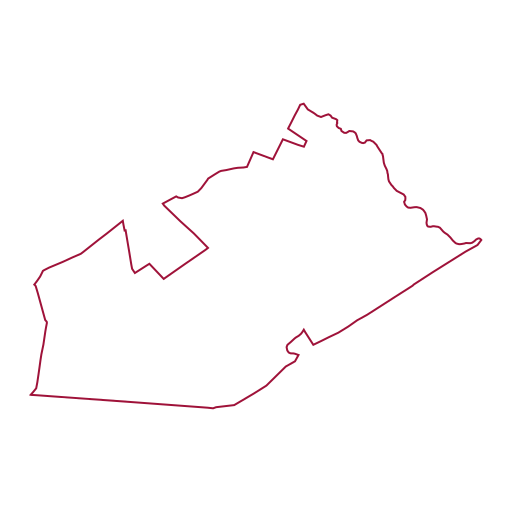 Zarand, Arad, Romania
{"feature_id": "2599482B71150188153613", "entity_name": "Zarand", "entity_type": "district", "adm_level": 2, "iso_a3": "ROU", "parent_name": "Romania", "parent_adm1": "Arad", "projection": "robinson", "projection_center": [21.561, 46.439], "detail": "fine", "context": "isolated", "style": "outline", "palette": "rose", "viewbox_px": 512, "rotation_deg": 0, "n_neighbors": 0, "source": "geoboundaries", "source_scale": "gbopen_adm2", "svg_char_len": 3166}
<svg xmlns="http://www.w3.org/2000/svg" viewBox="0 0 512 512"><path d="M481.3,240.0L480.8,239.4L480.1,238.8L479.1,238.4L478.1,238.5L477.1,239.0L476.0,239.6L474.6,241.0L472.2,242.7L470.4,243.2L467.9,243.1L466.0,243.0L464.4,243.5L461.0,244.1L459.1,244.2L456.7,243.6L455.6,243.1L452.8,240.5L450.4,237.5L447.5,234.6L444.6,232.7L443.1,231.4L441.9,230.0L439.9,227.7L438.0,226.8L436.3,226.6L434.5,226.3L433.0,226.2L430.7,226.8L429.2,226.7L428.0,226.5L427.2,225.7L426.7,224.2L426.5,222.7L427.0,219.3L426.6,217.6L426.2,215.7L425.4,213.0L424.2,211.2L423.0,209.7L420.4,208.0L418.7,207.6L416.7,207.1L414.5,207.2L410.5,207.8L408.2,207.6L406.6,206.5L404.9,204.5L404.5,203.1L404.1,201.9L404.7,200.9L405.2,200.3L405.4,198.5L405.3,196.7L404.6,195.8L403.7,194.5L401.2,193.2L396.6,190.8L396.1,190.2L394.0,188.1L392.7,186.3L391.4,185.0L390.4,183.5L389.0,181.4L388.4,179.3L388.1,176.6L387.9,174.3L387.5,173.1L387.2,170.9L386.4,168.9L384.8,165.7L384.1,163.6L383.8,162.5L383.3,158.7L383.0,156.2L382.6,155.0L382.5,154.0L381.8,153.3L379.3,149.5L378.2,147.8L377.3,146.4L376.5,144.9L373.3,141.7L371.3,140.8L370.1,140.1L367.7,140.3L366.6,140.4L365.9,141.3L364.9,142.6L363.2,143.1L361.9,142.9L359.5,141.8L358.2,140.4L357.3,137.9L356.8,136.0L355.7,133.3L354.6,132.3L353.1,131.4L351.1,131.2L349.3,131.0L347.6,132.1L346.1,132.9L344.2,132.8L341.5,131.0L340.8,128.8L338.7,128.0L336.9,126.3L336.6,124.9L336.9,123.9L337.3,123.0L337.2,122.8L337.0,122.5L337.3,120.2L336.3,119.3L334.9,118.7L332.1,117.7L330.6,115.6L329.5,114.9L328.4,114.3L325.3,115.3L321.0,117.0L317.2,115.6L314.9,113.8L313.9,113.1L307.8,109.4L303.7,103.7L300.2,104.8L297.9,109.6L294.8,115.3L291.0,122.9L288.3,128.1L288.1,128.6L306.5,141.0L303.9,146.7L298.1,144.9L282.9,139.3L272.9,159.3L253.5,152.1L247.0,166.9L243.4,167.5L237.8,167.8L233.8,168.4L226.1,170.1L221.1,170.9L219.3,171.6L214.4,174.6L208.1,178.6L207.5,179.7L201.3,188.1L197.8,191.7L193.4,193.7L189.3,195.5L185.1,197.2L182.0,198.2L178.1,197.5L176.2,196.4L162.8,203.6L164.2,205.6L180.5,221.4L193.8,233.4L199.0,238.7L208.0,247.9L207.4,248.4L205.0,250.2L185.4,263.7L163.7,278.9L149.4,263.8L146.8,265.4L140.7,269.3L134.9,273.0L132.1,268.8L131.3,264.6L129.3,252.3L126.5,235.7L125.6,230.3L124.6,230.5L123.4,224.4L122.8,220.8L106.7,233.6L98.7,239.7L83.2,252.0L80.8,253.8L72.5,257.4L62.5,262.0L49.1,267.6L44.2,270.1L42.9,270.9L42.1,272.6L40.1,276.6L37.1,280.9L34.3,284.6L35.0,285.2L35.7,286.1L37.8,293.1L45.2,320.0L46.7,321.7L46.9,322.9L46.1,327.0L45.4,331.0L43.4,344.6L41.4,354.2L40.5,360.0L39.6,366.6L38.5,374.4L37.3,382.5L36.2,388.3L33.1,392.1L30.7,394.8L31.0,394.9L34.9,395.1L39.4,395.4L48.9,396.1L133.4,402.2L207.6,407.7L213.1,408.3L216.1,407.2L234.2,405.1L253.7,393.6L265.8,386.0L266.5,385.5L285.8,366.5L295.0,361.3L298.5,355.0L294.8,353.7L293.3,353.4L291.8,353.4L290.4,353.3L288.7,352.5L287.3,350.5L286.8,348.2L286.6,347.1L287.1,345.7L287.5,344.8L290.8,342.0L294.7,338.4L296.0,337.4L298.7,335.8L301.0,333.8L302.3,332.1L303.8,329.7L305.1,332.0L313.3,344.8L321.2,341.0L329.0,337.1L338.3,332.7L348.2,326.6L357.3,320.2L367.1,314.8L395.0,296.9L412.6,285.7L413.8,284.5L432.6,272.3L465.6,251.6L475.4,246.2L477.5,245.0L481.3,240.0Z" fill="none" stroke="#9f1239" stroke-width="2"/></svg>